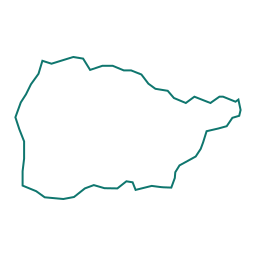 outline of Vikla, Limassol, Cyprus
{"feature_id": "46923920B11436010239704", "entity_name": "Vikla", "entity_type": "district", "adm_level": 2, "iso_a3": "CYP", "parent_name": "Cyprus", "parent_adm1": "Limassol", "projection": "natural_earth1", "projection_center": [33.205, 34.827], "detail": "fine", "context": "isolated", "style": "outline", "palette": "teal", "viewbox_px": 256, "rotation_deg": 0, "n_neighbors": 0, "source": "geoboundaries", "source_scale": "gbopen_adm2", "svg_char_len": 802}
<svg xmlns="http://www.w3.org/2000/svg" viewBox="0 0 256 256"><path d="M42.4,60.8L38.5,73.8L31.0,84.2L26.0,94.3L20.8,102.4L15.4,117.3L19.3,129.2L24.1,141.4L24.1,158.6L22.6,171.2L22.6,185.6L26.0,187.0L36.2,191.2L44.7,197.3L63.3,199.0L74.0,197.0L84.9,188.4L93.8,185.1L104.5,188.2L117.4,188.4L126.4,181.3L132.6,182.3L135.6,189.9L151.7,185.9L160.9,187.1L163.6,187.3L171.3,187.6L174.8,178.0L175.3,172.2L179.5,165.4L195.7,156.5L200.7,148.9L203.1,142.4L206.6,131.2L218.3,128.5L226.7,126.2L232.4,117.8L239.2,115.8L240.6,110.0L238.4,99.6L235.5,101.7L223.1,96.7L219.4,96.7L210.4,103.0L194.4,96.7L185.8,103.0L173.9,98.0L167.7,90.8L155.4,88.8L148.4,83.7L141.4,74.5L131.1,70.4L123.8,70.4L112.7,65.8L102.4,65.8L90.1,69.9L83.1,58.6L73.2,57.0L51.5,63.7L42.4,60.8Z" fill="none" stroke="#0f766e" stroke-width="2"/></svg>